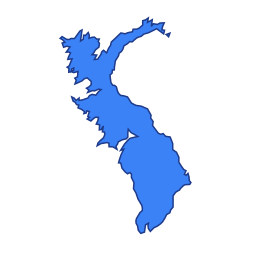 the district of Itati, Rio Grande do Sul, Brazil, rotated 352°
{"feature_id": "56859067B39388374799288", "entity_name": "Itati", "entity_type": "district", "adm_level": 2, "iso_a3": "BRA", "parent_name": "Brazil", "parent_adm1": "Rio Grande do Sul", "projection": "natural_earth1", "projection_center": [-50.175, -29.463], "detail": "fine", "context": "isolated", "style": "filled", "palette": "blue", "viewbox_px": 256, "rotation_deg": 352, "n_neighbors": 0, "source": "geoboundaries", "source_scale": "gbopen_adm2", "svg_char_len": 3285}
<svg xmlns="http://www.w3.org/2000/svg" viewBox="0 0 256 256"><g transform="rotate(352 128 128)"><path d="M79.7,64.3L81.9,65.6L86.3,65.1L85.1,70.3L82.3,71.2L83.4,73.5L81.6,77.0L84.5,76.3L89.1,74.9L91.5,73.2L94.5,72.6L98.0,76.7L97.6,79.9L95.3,81.7L92.4,82.8L94.6,85.0L93.0,87.2L98.0,86.0L100.1,86.6L104.4,85.4L106.7,86.2L103.9,87.9L100.7,91.0L97.1,89.7L94.4,90.5L92.5,92.7L86.9,93.8L83.3,93.9L83.7,91.6L80.5,93.4L78.8,90.9L76.6,89.4L77.4,93.8L79.3,95.2L80.3,97.6L82.4,98.5L81.3,101.1L84.6,103.1L87.2,105.7L86.3,107.6L88.8,107.3L89.5,105.3L92.0,106.3L89.8,111.0L91.3,112.1L88.8,113.4L92.2,115.9L95.6,113.6L97.4,112.8L100.2,113.4L99.2,116.5L97.1,119.7L100.3,120.8L99.3,125.9L101.3,125.8L103.9,122.5L102.1,128.2L104.1,128.8L104.2,131.0L102.5,134.2L98.5,136.8L96.1,138.8L95.0,141.3L98.9,139.7L105.2,139.5L107.0,140.4L106.6,143.9L110.5,144.6L114.1,147.6L113.6,144.3L115.4,142.5L116.4,140.4L120.5,138.9L124.7,138.5L126.6,137.0L127.1,133.0L128.1,129.3L130.4,133.0L133.9,135.6L136.5,137.8L133.4,138.0L128.7,138.5L126.5,139.8L122.3,143.5L117.6,149.1L120.8,148.4L117.5,153.4L114.9,158.6L113.8,161.2L115.9,161.6L116.5,167.0L119.1,171.1L121.2,173.3L123.6,172.4L125.0,174.2L124.5,177.4L126.3,182.9L125.0,188.9L126.9,193.6L128.0,199.6L128.9,201.8L130.9,206.6L131.1,209.3L130.6,211.8L128.2,213.3L123.8,218.8L122.9,221.1L122.8,223.6L123.8,226.1L124.0,230.8L126.0,234.1L129.8,233.4L131.9,226.3L135.0,225.1L134.2,227.4L134.2,230.4L135.7,233.5L139.9,230.3L143.3,229.3L146.9,227.4L149.2,225.7L151.9,222.5L154.2,219.1L157.7,217.7L158.8,215.2L161.6,212.6L163.2,201.5L166.2,198.3L168.7,197.2L170.4,196.6L171.7,195.1L174.9,192.7L176.7,192.1L179.3,192.3L181.2,192.5L182.7,190.8L181.4,188.6L181.6,185.0L181.1,181.3L179.0,182.9L177.4,181.7L179.5,178.4L177.4,176.9L175.4,173.0L173.6,169.0L174.3,164.1L172.6,158.7L169.3,155.7L170.1,149.6L169.0,144.9L168.4,142.7L164.1,141.5L162.0,138.4L159.6,138.8L157.3,137.4L153.7,130.9L152.7,128.9L153.8,125.1L151.8,121.3L152.6,118.6L150.0,111.8L144.1,108.2L139.0,106.7L134.9,103.8L131.8,97.1L127.9,95.4L125.2,94.7L123.4,92.2L122.7,89.7L122.2,85.7L120.6,83.9L118.8,83.6L117.4,80.5L117.5,73.1L119.9,71.4L120.6,68.4L122.5,68.6L123.0,66.0L124.8,59.8L128.7,55.1L129.6,52.7L132.0,51.4L133.8,49.4L135.4,46.1L139.1,44.5L141.7,42.7L144.1,43.3L146.2,41.9L149.0,40.1L151.3,39.4L153.7,39.1L156.8,37.2L161.7,36.5L170.2,33.7L176.4,39.8L177.8,36.3L175.2,35.5L176.4,32.3L178.5,28.9L174.3,28.5L171.6,29.5L167.6,28.3L165.3,30.7L167.1,24.1L162.0,26.1L163.4,21.9L160.3,23.4L157.5,23.8L156.9,28.1L153.1,30.6L150.5,31.3L146.8,30.9L145.8,33.3L141.1,33.6L138.4,34.3L134.1,32.9L128.1,37.3L123.5,40.5L122.2,43.7L119.8,46.5L117.3,50.6L114.6,47.6L112.6,49.0L111.4,51.4L108.9,54.1L107.6,55.6L104.2,55.5L107.2,51.4L102.6,50.4L104.7,48.7L106.5,46.2L110.5,43.8L111.5,40.2L110.5,38.2L111.9,35.9L109.4,35.6L107.4,33.3L104.5,33.2L101.9,33.7L102.6,30.8L101.9,27.9L98.9,30.3L97.0,29.9L96.0,33.9L93.1,35.2L96.1,24.5L93.9,25.3L87.4,32.0L84.1,31.4L82.1,32.2L79.6,31.7L75.4,28.3L73.3,29.8L75.6,31.6L77.4,34.3L74.6,34.7L75.5,39.1L78.5,38.5L81.8,39.6L77.4,44.3L79.9,44.5L81.5,45.6L79.0,49.3L77.9,51.7L82.2,51.7L78.4,58.3L76.2,59.3L77.8,60.7L77.1,64.5L79.7,64.3ZM79.7,64.3L80.5,61.7L82.6,61.1L82.2,63.2L79.7,64.3ZM180.9,43.3L182.7,39.9L178.8,40.7L180.9,43.3Z" fill="#3b82f6" stroke="#1e3a8a" stroke-width="1.5"/></g></svg>